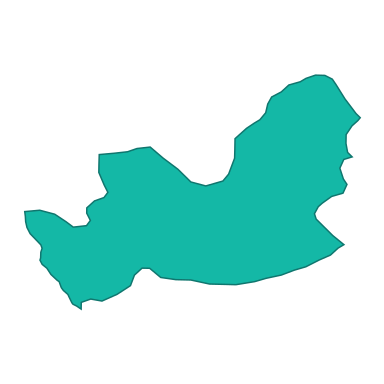 Kumgang, Kangwŏn-do, North Korea (orthographic projection), rotated 91°
{"feature_id": "82179303B90843555893266", "entity_name": "Kumgang", "entity_type": "district", "adm_level": 2, "iso_a3": "PRK", "parent_name": "North Korea", "parent_adm1": "Kangwŏn-do", "projection": "orthographic", "projection_center": [128.039, 38.544], "detail": "fine", "context": "isolated", "style": "filled", "palette": "teal", "viewbox_px": 384, "rotation_deg": 91, "n_neighbors": 0, "source": "geoboundaries", "source_scale": "gbopen_adm2", "svg_char_len": 1552}
<svg xmlns="http://www.w3.org/2000/svg" viewBox="0 0 384 384"><g transform="rotate(91 192 192)"><path d="M214.5,358.9L219.3,358.2L223.3,357.9L224.6,357.8L230.3,356.4L236.5,353.1L247.5,342.2L250.9,340.9L254.9,342.1L260.5,342.2L262.8,342.8L266.9,340.6L267.5,339.9L270.7,335.8L273.5,333.9L276.9,331.6L282.7,325.2L283.2,324.4L283.9,323.3L289.9,321.0L292.7,318.9L296.6,314.3L298.7,313.3L304.8,310.2L306.0,309.3L306.3,309.0L308.0,305.4L310.1,302.2L311.0,300.8L304.3,300.8L300.8,291.4L302.6,280.1L295.6,265.1L286.7,251.9L276.1,248.1L269.0,240.6L269.0,233.0L278.0,221.8L279.9,206.7L280.0,191.7L283.7,172.9L283.8,155.9L283.9,146.5L282.2,137.1L280.5,127.7L277.0,116.4L273.5,101.3L268.3,88.2L264.8,76.9L257.8,63.7L252.6,52.4L245.5,44.9L242.0,39.2L233.1,50.5L224.1,59.9L216.9,67.4L211.6,69.2L204.5,65.5L201.0,61.7L194.0,52.3L190.5,41.0L181.7,37.2L176.3,40.9L165.6,44.6L156.8,40.8L154.1,32.5L149.7,37.1L140.8,38.9L131.9,38.9L123.1,33.2L117.8,27.5L114.8,25.1L114.3,25.6L110.7,29.4L103.5,35.0L96.4,40.6L82.1,49.9L76.7,53.7L73.1,61.2L73.0,70.6L76.4,80.0L79.9,85.7L83.3,97.0L90.4,104.5L95.6,114.0L102.7,117.8L111.5,119.7L118.6,125.4L122.1,131.0L127.4,138.6L137.9,149.9L148.6,149.9L157.5,150.0L173.5,155.7L180.5,161.3L185.7,178.3L182.0,193.3L169.5,206.5L158.6,221.5L147.8,234.6L149.5,247.8L152.9,257.2L154.6,270.4L156.2,285.4L165.2,285.5L174.1,285.5L186.6,279.9L193.8,276.1L199.1,279.9L202.6,289.3L209.7,296.9L215.0,296.9L222.2,293.1L227.5,296.9L229.2,310.1L223.8,317.6L216.6,328.9L212.9,343.9L214.5,358.9Z" fill="#14b8a6" stroke="#0f766e" stroke-width="1.5"/></g></svg>